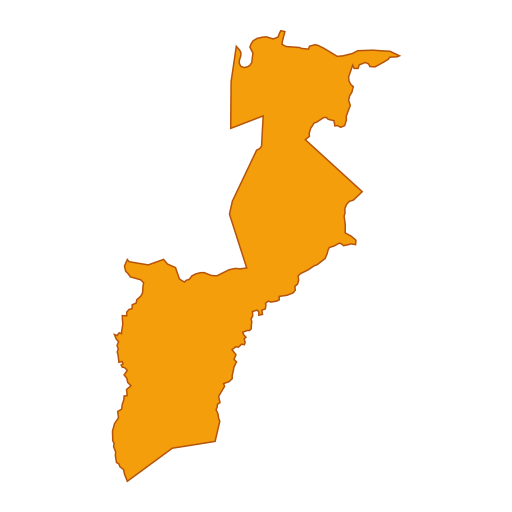 Butiá, Rio Grande do Sul, Brazil (Natural Earth projection)
{"feature_id": "56859067B28463272232209", "entity_name": "Butiá", "entity_type": "district", "adm_level": 2, "iso_a3": "BRA", "parent_name": "Brazil", "parent_adm1": "Rio Grande do Sul", "projection": "natural_earth1", "projection_center": [-52.0, -30.187], "detail": "fine", "context": "isolated", "style": "filled", "palette": "amber", "viewbox_px": 512, "rotation_deg": 0, "n_neighbors": 0, "source": "geoboundaries", "source_scale": "gbopen_adm2", "svg_char_len": 3236}
<svg xmlns="http://www.w3.org/2000/svg" viewBox="0 0 512 512"><path d="M399.5,55.8L390.0,51.3L372.6,50.2L357.8,50.7L352.4,53.5L343.2,55.8L337.3,56.4L323.4,48.0L317.8,45.3L315.2,44.7L309.5,46.2L308.5,49.1L301.7,48.5L299.5,47.5L285.9,46.5L282.0,44.3L282.5,40.8L284.9,31.6L280.8,30.7L279.5,33.1L278.1,37.0L276.0,37.9L273.2,38.9L270.1,38.0L266.4,36.8L262.4,37.2L257.1,38.4L253.2,40.7L251.2,43.7L249.9,47.1L253.0,53.3L252.3,57.7L251.8,62.5L250.0,65.2L247.7,66.7L244.2,67.6L240.7,66.3L239.2,63.0L239.5,59.8L240.8,55.8L240.9,52.4L239.4,49.8L236.3,46.3L231.1,81.6L230.7,128.4L263.2,115.9L262.3,131.8L261.6,145.8L259.9,148.5L256.6,150.2L232.4,201.1L230.1,211.1L229.5,214.3L246.7,267.9L240.1,268.9L235.5,268.4L229.2,269.7L216.7,275.9L211.0,275.4L204.2,272.6L200.2,272.7L195.8,273.9L192.0,275.8L189.2,279.4L186.2,280.3L184.4,282.1L179.5,279.1L175.5,267.6L167.4,264.0L163.6,259.4L148.2,264.9L129.1,261.7L127.3,259.5L124.5,266.0L125.6,271.1L128.1,273.7L130.4,276.9L140.7,279.8L143.6,282.8L143.0,286.3L142.6,292.6L141.0,295.9L136.8,299.8L136.1,303.1L132.2,304.8L132.1,308.7L129.1,309.4L126.7,312.1L126.7,315.8L122.3,315.6L122.4,319.4L122.7,322.7L122.7,325.2L121.7,330.7L121.5,333.7L119.2,332.8L117.0,335.5L114.4,334.5L116.2,339.0L118.6,341.7L117.0,345.6L118.3,348.8L117.2,351.9L118.1,355.2L118.9,362.3L122.0,361.5L123.1,363.8L121.1,365.1L122.3,367.2L124.4,367.5L127.3,370.3L124.1,374.9L126.8,378.2L127.7,382.4L131.0,385.8L126.5,389.5L126.9,392.6L127.1,395.7L124.1,396.0L123.8,399.8L122.3,404.2L121.6,409.2L117.7,411.4L118.5,417.7L114.6,423.5L112.5,431.0L112.6,435.8L112.8,440.9L114.1,443.2L113.6,446.7L115.7,452.0L115.3,455.3L116.5,462.5L119.0,464.1L119.9,466.7L123.6,469.6L124.4,473.8L125.7,477.1L127.3,481.3L172.3,448.2L192.7,445.0L215.1,441.4L217.8,429.8L219.8,421.3L218.8,419.0L217.9,413.7L216.1,409.7L217.2,407.1L217.4,404.4L220.0,402.5L218.6,396.3L224.6,386.3L223.5,383.6L229.0,381.7L232.2,378.7L232.2,375.5L233.5,369.8L233.9,367.2L236.5,361.9L234.0,359.4L236.0,354.8L232.0,349.7L235.9,346.7L238.4,347.2L241.6,344.2L244.4,344.7L245.1,342.4L244.2,338.7L246.0,337.3L243.7,334.7L242.7,332.2L247.3,330.5L249.5,330.5L251.2,328.9L251.4,325.1L251.8,321.7L251.0,319.1L252.7,316.1L252.5,311.5L257.2,310.1L258.8,312.0L258.8,315.2L262.5,314.4L261.9,310.2L265.3,308.9L265.9,305.8L265.6,303.1L268.4,301.1L270.9,302.1L276.8,301.1L279.2,299.8L279.2,296.4L287.0,295.3L293.2,292.8L295.3,290.1L294.9,286.3L297.5,284.2L298.7,280.0L298.1,275.9L300.5,273.6L308.1,269.9L314.1,265.8L317.0,264.8L325.0,258.6L327.2,253.6L328.0,250.2L329.3,247.5L334.1,246.0L339.3,243.1L341.5,243.9L343.6,245.7L348.7,244.6L350.9,243.9L355.6,244.6L355.9,240.2L351.1,236.1L345.2,232.9L345.3,224.9L344.1,216.1L345.0,213.2L344.9,208.4L346.6,204.3L349.6,201.2L353.4,200.1L362.2,191.7L305.3,139.7L309.4,136.3L309.2,133.2L310.6,128.5L314.0,123.1L316.9,122.0L323.6,117.6L326.1,117.4L328.2,119.3L334.0,120.7L334.8,125.9L337.5,125.6L340.7,127.3L344.7,125.6L346.4,120.1L346.3,116.1L348.9,109.0L350.3,105.5L348.6,100.3L349.7,95.6L351.9,92.1L353.3,86.6L351.0,84.7L349.0,81.0L348.6,76.9L352.7,65.2L354.2,68.5L358.1,68.4L359.2,64.9L365.2,62.5L368.7,64.0L369.8,66.5L375.0,66.9L384.0,61.9L385.8,60.8L388.2,59.4L389.7,57.2L397.1,56.8L399.5,55.8Z" fill="#f59e0b" stroke="#b45309" stroke-width="1.5"/></svg>